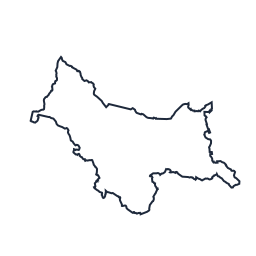 Bratca, Bihor, Romania, rotated 73°
{"feature_id": "2599482B94251984599688", "entity_name": "Bratca", "entity_type": "district", "adm_level": 2, "iso_a3": "ROU", "parent_name": "Romania", "parent_adm1": "Bihor", "projection": "robinson", "projection_center": [22.609, 46.899], "detail": "fine", "context": "isolated", "style": "outline", "palette": "slate", "viewbox_px": 256, "rotation_deg": 73, "n_neighbors": 0, "source": "geoboundaries", "source_scale": "gbopen_adm2", "svg_char_len": 5852}
<svg xmlns="http://www.w3.org/2000/svg" viewBox="0 0 256 256"><g transform="rotate(73 128 128)"><path d="M92.7,219.0L93.4,218.5L93.7,217.8L94.0,217.6L94.7,216.6L95.0,216.5L95.6,215.4L95.7,215.1L95.1,213.8L95.1,213.5L94.6,212.5L94.0,211.9L93.1,211.5L92.9,211.1L91.4,210.3L90.3,211.1L89.5,210.5L89.2,209.6L94.3,200.7L94.5,199.8L96.0,198.6L97.1,196.7L97.6,196.4L100.8,195.1L103.2,195.1L105.0,194.3L106.2,192.9L107.9,190.6L110.1,188.6L110.2,187.5L110.1,186.7L110.8,186.1L112.8,185.6L113.5,186.2L114.7,186.7L116.0,186.6L118.0,186.0L120.5,186.0L123.2,186.3L124.8,184.9L126.9,184.4L129.1,183.4L129.3,183.2L129.1,182.0L129.5,181.2L130.3,180.5L132.8,180.0L134.1,180.9L134.6,181.5L133.7,183.2L133.5,183.8L133.7,184.7L133.0,185.1L132.5,185.8L133.3,186.0L134.5,187.0L135.4,187.3L138.0,185.7L138.3,184.6L138.9,184.3L138.3,183.0L138.4,182.5L139.0,182.2L140.1,182.1L140.5,182.3L141.8,181.5L142.6,180.5L143.5,180.4L144.8,179.8L145.2,178.4L146.2,178.6L146.9,178.5L146.7,177.3L147.4,176.0L147.4,174.5L147.8,173.4L148.0,171.9L148.3,171.6L151.9,171.4L153.1,171.5L154.8,170.8L155.4,170.8L156.2,170.1L158.1,169.6L161.4,170.8L163.2,172.0L164.1,171.2L164.0,170.7L165.0,170.3L167.4,169.9L168.5,172.2L169.3,172.1L169.2,172.5L169.5,173.6L170.0,173.4L169.8,174.1L170.3,174.3L171.2,175.9L174.1,176.2L174.3,176.9L174.8,176.9L174.8,177.8L175.8,177.6L178.6,175.5L179.2,174.8L180.8,173.9L182.3,171.8L183.1,171.9L184.3,172.7L184.9,172.4L186.6,172.5L187.7,172.1L187.6,171.0L186.3,169.7L184.9,169.2L184.8,168.8L183.4,168.3L183.4,168.0L181.5,167.6L183.2,166.6L183.7,165.5L185.6,162.8L185.7,161.6L189.9,158.2L190.6,157.1L191.5,157.1L191.8,155.9L192.5,155.8L194.0,156.7L195.0,156.8L199.3,156.2L200.7,156.6L201.0,156.0L201.2,153.6L201.6,152.9L202.5,152.6L204.1,152.8L205.5,152.2L210.5,148.3L210.7,147.6L210.1,147.1L210.2,146.8L210.8,146.9L211.3,146.4L211.6,145.6L211.5,145.3L212.5,144.5L212.3,142.8L212.7,142.0L212.6,141.3L213.3,140.9L214.2,141.1L213.7,134.2L213.0,132.0L212.5,131.5L211.1,131.2L208.0,129.6L205.3,126.0L205.3,125.4L204.0,124.3L202.3,123.7L201.2,123.9L198.7,121.2L198.6,120.8L197.3,119.8L195.4,118.0L195.2,117.4L194.6,117.4L194.8,118.2L192.8,118.3L191.7,118.8L190.1,118.8L188.9,118.3L188.3,119.2L187.5,119.3L186.5,120.4L183.3,119.8L182.8,119.5L182.5,119.1L181.0,119.4L180.7,119.6L180.5,120.1L180.7,120.9L180.4,121.1L180.2,121.0L179.8,120.6L178.7,117.2L179.7,113.9L179.7,113.2L179.9,112.4L181.3,111.0L182.2,110.9L181.4,109.2L181.7,108.1L181.1,106.0L180.7,105.4L178.5,103.6L178.7,103.4L178.8,102.3L179.2,102.0L179.2,101.2L180.2,100.1L181.2,99.7L182.3,99.9L182.7,100.8L182.8,100.7L183.2,99.0L183.2,98.1L183.6,97.1L184.2,96.6L184.3,96.1L184.7,95.7L184.1,95.2L184.2,94.4L184.9,93.8L185.6,93.8L186.7,93.2L190.4,90.3L192.5,84.8L193.4,83.5L193.3,82.6L193.7,81.6L194.2,81.2L194.1,80.9L194.2,80.7L196.0,79.8L196.7,78.9L196.8,78.2L197.0,78.2L196.9,78.0L195.0,77.2L196.9,75.6L198.2,73.8L199.5,72.9L199.8,72.1L199.4,71.2L199.3,70.0L199.0,69.0L199.0,68.5L199.3,68.1L199.6,66.6L200.8,65.4L201.1,64.9L201.1,63.4L200.8,62.2L199.9,62.0L199.9,61.7L199.2,61.1L199.1,60.0L198.5,59.5L198.6,58.5L198.4,57.9L198.4,56.7L198.1,56.5L200.2,56.2L200.6,55.9L201.0,55.0L202.3,54.3L203.6,53.0L206.8,51.8L208.2,50.4L208.6,50.3L209.9,49.2L210.9,48.0L211.9,48.0L215.2,46.5L215.5,45.1L214.7,44.3L214.3,43.6L214.2,42.7L213.8,41.8L214.2,40.5L213.9,37.9L211.5,37.0L207.9,39.0L207.1,39.6L206.7,40.2L206.1,40.5L204.2,40.5L201.4,38.5L200.1,39.0L199.6,39.7L199.4,41.1L198.9,41.6L197.7,41.7L195.5,44.1L193.9,44.8L192.2,45.0L192.3,45.3L190.9,45.5L189.7,46.1L189.1,46.6L188.2,48.0L187.0,48.9L186.6,49.4L186.4,50.8L185.9,52.5L187.3,52.6L186.8,54.6L186.2,55.0L186.1,56.2L185.7,56.4L185.2,56.2L185.2,56.5L183.8,57.0L182.2,56.5L181.5,56.5L179.8,56.9L178.7,57.5L177.0,57.0L177.4,55.2L175.5,54.9L174.8,56.9L171.5,56.1L170.5,56.2L169.9,55.9L169.3,55.1L166.9,53.1L164.5,52.3L163.0,52.7L162.1,54.6L159.7,56.6L156.7,57.0L156.5,56.6L155.1,56.1L154.5,55.6L154.1,52.3L156.4,51.9L156.3,50.8L152.7,51.0L152.7,51.7L147.5,51.9L147.4,51.4L142.9,51.5L141.6,50.9L140.8,49.7L139.8,49.9L139.6,50.3L138.3,51.1L134.9,50.2L136.2,46.5L136.1,45.9L135.4,44.9L136.8,45.2L135.6,42.8L134.3,42.5L133.9,42.0L127.9,40.5L128.9,44.7L129.0,46.6L129.3,47.6L130.0,47.6L131.2,49.2L131.5,51.1L132.3,53.0L133.1,54.2L132.1,55.1L132.0,55.4L132.5,56.1L131.8,57.5L131.8,58.1L131.5,59.5L130.8,59.4L130.3,61.0L129.3,61.8L129.3,62.3L128.3,62.4L128.6,62.9L126.0,64.4L124.8,64.1L123.8,63.3L122.0,62.9L122.3,63.9L122.3,64.9L121.7,66.2L121.6,68.4L122.1,69.7L126.3,77.8L128.2,79.9L129.1,80.9L129.8,82.4L131.5,84.1L131.5,84.6L130.8,88.3L127.3,98.6L126.7,98.5L126.7,99.1L125.6,100.3L125.7,100.7L126.3,101.2L125.3,103.1L124.2,105.8L123.1,107.1L119.4,109.4L118.4,110.9L118.8,111.6L116.2,115.1L115.7,115.5L114.0,116.0L112.6,116.0L110.4,117.7L111.0,119.9L99.6,139.1L99.5,139.5L100.2,140.0L101.7,142.8L96.5,144.8L94.5,145.2L89.1,148.4L86.4,150.5L85.6,150.7L84.7,150.5L82.8,149.6L80.9,147.8L79.0,148.6L77.4,148.6L76.3,148.0L76.1,148.2L75.0,148.5L74.1,149.4L73.4,149.7L73.3,150.6L72.9,151.6L72.9,152.2L71.6,152.6L70.3,153.7L70.3,155.9L69.4,156.5L68.2,157.1L67.9,157.4L66.6,157.2L66.0,157.5L63.7,157.8L62.2,157.5L60.1,157.5L59.5,157.9L59.5,158.3L58.9,158.5L58.8,159.1L59.0,159.4L58.8,159.9L57.2,160.1L53.6,163.7L53.2,163.5L52.5,163.9L51.7,164.9L51.6,165.6L49.1,168.2L46.7,168.6L44.7,170.8L43.2,171.0L41.4,170.9L40.5,171.3L43.6,175.3L45.6,176.5L49.1,177.8L52.1,180.4L53.0,180.2L54.8,180.3L56.2,181.1L57.3,181.2L57.9,181.6L59.5,181.3L61.3,181.9L61.9,182.9L61.8,183.6L62.5,184.2L64.0,184.7L64.1,186.8L65.0,187.9L66.2,188.4L66.4,188.7L67.2,188.6L69.5,189.1L70.0,189.6L69.8,189.9L69.9,190.6L70.9,191.4L72.1,193.3L73.4,194.5L73.7,195.5L74.5,196.3L74.4,197.8L75.9,199.9L77.3,200.5L80.8,200.9L82.4,201.8L83.3,201.9L85.4,202.8L85.7,203.6L85.4,204.7L85.4,206.1L86.1,208.9L85.7,210.4L85.2,210.8L85.2,211.7L84.5,213.5L84.7,214.4L92.7,219.0Z" fill="none" stroke="#1e293b" stroke-width="2"/></g></svg>